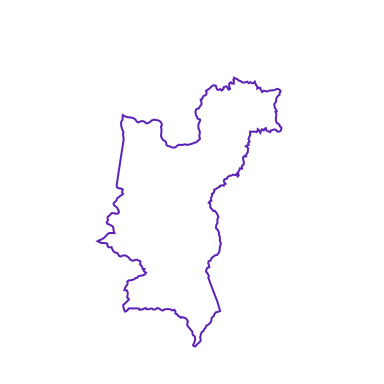 outline of Campo Largo, Paraná, Brazil, rotated 40°
{"feature_id": "56859067B88881435376301", "entity_name": "Campo Largo", "entity_type": "district", "adm_level": 2, "iso_a3": "BRA", "parent_name": "Brazil", "parent_adm1": "Paraná", "projection": "albers", "projection_center": [-49.618, -25.266], "detail": "fine", "context": "isolated", "style": "outline", "palette": "violet", "viewbox_px": 384, "rotation_deg": 40, "n_neighbors": 0, "source": "geoboundaries", "source_scale": "gbopen_adm2", "svg_char_len": 6058}
<svg xmlns="http://www.w3.org/2000/svg" viewBox="0 0 384 384"><g transform="rotate(40 192 192)"><path d="M293.9,308.1L293.8,305.7L294.4,300.9L293.2,299.1L291.6,298.1L291.1,296.4L290.1,295.4L289.6,293.2L290.1,291.1L289.6,289.4L289.7,287.7L288.9,285.2L289.5,283.8L290.0,282.0L290.0,279.3L289.2,277.6L288.1,276.1L288.1,274.4L288.4,273.0L287.7,271.0L287.7,268.7L289.1,267.0L290.0,265.0L281.4,259.4L272.2,254.3L259.6,247.2L259.0,245.6L257.2,244.7L255.7,244.3L253.7,243.9L252.9,241.9L252.4,240.2L253.7,238.6L252.5,237.5L250.2,236.1L249.2,234.5L250.3,232.5L249.4,229.7L250.0,227.8L250.2,226.0L251.6,224.3L251.6,221.1L251.0,219.5L249.9,218.0L249.0,216.7L248.0,214.8L247.4,213.0L246.1,212.2L244.9,211.7L243.8,210.3L242.1,208.4L240.2,207.6L239.2,206.1L236.2,204.4L234.6,204.5L233.4,204.1L231.7,201.3L231.4,199.3L230.0,197.9L228.6,195.8L228.5,194.3L226.5,193.2L223.5,192.1L221.4,191.8L220.2,192.9L218.7,192.4L215.9,192.0L214.6,190.5L213.1,189.1L211.8,189.6L211.5,187.7L212.5,186.3L211.3,185.2L210.1,183.8L209.6,181.5L208.4,180.6L209.0,179.4L208.9,177.4L207.5,176.1L208.3,174.7L209.0,171.9L209.9,170.3L209.5,169.0L210.9,167.5L212.3,166.8L211.7,165.5L212.4,164.2L211.0,164.0L209.3,163.2L208.7,161.4L210.2,159.3L209.6,157.3L210.7,155.1L211.8,153.8L212.3,152.2L214.3,151.3L214.5,149.5L217.0,150.7L217.1,149.3L214.7,147.5L214.1,144.4L213.4,143.2L215.3,142.0L214.2,140.9L213.4,139.7L214.0,137.7L212.5,135.8L210.5,134.3L208.9,132.8L209.1,130.5L210.5,130.1L209.3,127.7L209.2,125.7L208.1,124.4L207.5,123.0L206.3,122.2L203.8,122.3L204.3,120.8L205.2,119.5L203.4,118.3L203.8,116.5L202.4,115.8L201.2,115.2L200.4,112.5L199.7,110.5L198.6,109.6L197.7,108.3L199.4,107.2L200.7,105.7L203.0,104.6L202.9,103.2L202.0,101.6L203.6,101.6L206.2,102.8L205.8,101.4L205.3,99.1L207.4,98.7L206.9,97.0L207.5,95.6L209.1,96.8L210.4,96.9L212.1,96.2L213.4,95.9L212.9,94.2L213.7,93.0L214.7,91.2L216.3,90.5L218.7,90.8L220.1,89.5L220.6,88.1L219.7,85.9L218.5,84.9L217.0,85.3L215.6,84.2L214.2,84.2L213.0,84.7L211.5,84.1L209.4,82.3L208.6,81.1L207.5,79.4L205.9,77.5L204.4,77.0L204.9,75.5L203.1,74.8L201.5,74.4L200.0,73.2L198.6,71.9L198.4,70.6L198.3,68.3L196.9,67.0L196.3,65.3L196.0,63.3L196.6,61.2L195.3,59.6L195.2,57.9L193.7,57.4L192.3,57.6L190.8,58.3L190.0,60.3L189.2,61.4L188.0,62.8L186.4,64.0L185.5,65.9L184.5,67.0L181.8,68.3L181.5,70.3L178.7,69.4L177.4,68.3L176.2,69.2L175.5,70.8L174.3,69.3L172.3,68.9L169.2,67.1L169.1,69.2L167.9,70.1L166.2,70.3L165.3,72.2L163.5,71.9L162.1,74.1L159.9,75.8L158.2,75.7L156.1,76.6L153.7,76.4L152.5,77.3L150.8,77.3L151.6,79.6L152.8,80.0L153.4,81.3L154.4,82.0L153.0,83.2L151.1,83.0L150.9,85.3L151.9,86.2L152.7,87.3L154.9,88.5L154.2,90.1L152.6,89.4L150.5,88.9L148.8,91.2L150.0,93.1L149.4,95.2L147.6,94.8L147.0,96.3L145.9,97.3L144.7,97.0L143.5,96.4L142.0,95.3L140.3,96.1L139.3,97.4L139.0,100.1L138.7,102.8L137.8,104.4L137.9,105.8L139.1,106.2L140.2,107.9L140.1,109.3L139.2,110.6L139.3,112.4L140.1,114.2L139.2,115.6L140.7,116.6L141.9,117.5L143.1,119.2L143.0,121.3L143.5,123.7L142.1,125.3L142.4,127.3L143.7,128.9L145.7,130.6L147.6,131.2L149.1,132.2L150.2,131.8L151.5,131.3L152.5,132.4L153.0,134.9L154.1,137.0L155.8,138.8L157.2,139.7L159.0,140.5L160.7,142.8L161.6,144.4L163.0,145.5L164.0,146.3L163.8,147.7L163.2,151.5L162.2,152.5L161.8,153.8L160.7,155.2L160.1,156.5L159.1,157.6L157.9,159.2L156.0,159.9L154.8,161.6L153.2,163.2L151.7,164.1L150.8,166.2L150.7,167.8L149.9,169.5L147.8,170.8L145.2,171.5L144.0,172.3L142.3,172.4L140.3,170.7L138.4,170.3L136.6,170.7L134.8,170.3L132.4,169.2L128.7,163.9L127.6,163.1L126.2,161.8L125.9,160.0L124.8,159.1L123.1,158.5L121.3,158.5L119.9,159.0L116.5,160.9L115.0,163.3L114.9,164.9L114.4,166.3L113.8,168.0L112.5,168.8L110.4,168.7L108.6,169.4L107.4,170.6L106.1,173.3L104.8,173.6L102.4,173.0L101.0,172.9L99.6,173.1L97.1,174.3L96.2,175.1L93.5,176.5L92.0,177.2L89.6,177.6L90.7,179.4L91.8,180.4L92.4,181.6L92.6,183.6L94.5,186.1L96.4,187.7L99.0,189.2L100.5,189.9L101.6,190.8L101.9,192.3L103.1,193.1L104.8,194.5L106.1,196.0L111.6,205.1L113.7,208.6L114.5,209.9L116.7,213.6L117.9,215.4L118.5,216.6L119.6,218.2L122.4,223.0L123.3,224.4L124.6,226.4L125.4,227.9L127.6,231.3L129.7,234.9L131.5,236.6L133.4,236.4L134.7,235.3L137.4,234.5L138.5,237.1L140.4,237.7L140.3,239.4L139.4,240.7L139.5,242.1L138.7,244.9L139.6,247.1L139.5,248.5L139.1,250.0L139.5,251.6L141.3,252.3L144.4,252.1L148.1,253.6L149.1,254.6L149.1,256.3L147.5,257.7L145.3,258.7L144.0,259.9L144.0,262.8L143.4,264.9L144.1,266.3L145.8,267.6L146.3,270.2L147.9,270.7L149.1,270.1L153.4,269.3L155.2,270.4L156.9,272.1L159.0,273.3L157.1,274.8L155.5,276.1L154.6,277.3L154.3,279.3L154.2,282.9L153.7,284.9L153.1,286.9L152.2,288.0L151.3,290.4L154.8,289.5L156.0,288.8L159.2,286.3L160.9,286.3L161.8,287.7L163.7,287.9L164.9,287.0L165.8,286.0L167.2,286.8L169.9,287.9L171.5,287.9L174.2,286.8L175.5,287.1L177.1,287.8L178.6,287.5L179.6,285.6L181.2,283.7L183.2,283.1L185.5,282.9L188.0,283.5L189.4,283.2L191.2,282.5L192.1,280.6L193.4,279.2L195.1,278.9L196.9,278.2L198.1,279.5L198.6,280.9L200.7,281.0L202.7,281.8L203.7,282.7L205.1,281.6L205.6,283.4L207.3,283.7L208.6,283.2L209.0,285.0L208.1,287.1L207.0,288.6L206.1,289.5L205.1,291.1L205.1,293.2L204.1,294.2L203.9,295.8L203.1,297.3L201.5,299.4L200.2,300.6L200.0,302.2L201.5,303.4L202.0,304.8L202.0,306.7L202.4,308.5L203.2,310.6L205.3,309.3L207.0,310.0L208.0,311.0L210.3,314.6L212.4,314.5L212.8,315.9L212.4,318.2L212.3,320.7L211.9,322.6L213.1,324.1L214.7,325.0L216.0,326.0L217.7,326.6L218.6,324.2L218.3,321.9L219.4,320.9L222.1,318.8L223.9,317.1L226.4,315.4L227.6,316.0L228.5,314.6L229.6,313.8L230.1,312.4L231.1,310.5L232.4,311.1L234.2,309.7L235.0,308.2L236.3,307.0L237.7,307.0L239.3,305.7L240.0,303.1L241.9,302.4L244.1,302.2L245.9,301.6L246.1,300.1L247.2,298.6L248.6,297.4L249.8,296.4L251.0,295.7L253.0,295.4L254.2,293.6L256.0,294.1L257.4,295.7L259.3,295.3L261.3,295.8L263.0,295.3L264.4,295.5L264.8,294.1L266.0,293.8L267.8,292.8L270.2,292.9L272.2,293.9L273.1,296.2L274.5,297.4L278.5,298.1L282.1,298.8L283.2,300.0L284.5,300.9L286.9,300.8L288.1,301.8L289.3,303.0L290.1,304.9L290.9,307.0L291.2,308.6L292.6,308.9L293.9,308.1Z" fill="none" stroke="#5b21b6" stroke-width="2"/></g></svg>